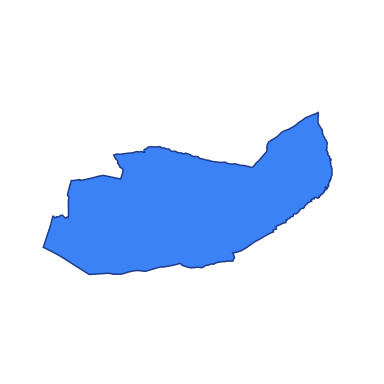 Negresti, Neamt, Romania, rotated 137°
{"feature_id": "2599482B27531373518926", "entity_name": "Negresti", "entity_type": "district", "adm_level": 2, "iso_a3": "ROU", "parent_name": "Romania", "parent_adm1": "Neamt", "projection": "equal_earth", "projection_center": [26.323, 47.038], "detail": "fine", "context": "isolated", "style": "filled", "palette": "blue", "viewbox_px": 384, "rotation_deg": 137, "n_neighbors": 0, "source": "geoboundaries", "source_scale": "gbopen_adm2", "svg_char_len": 5948}
<svg xmlns="http://www.w3.org/2000/svg" viewBox="0 0 384 384"><g transform="rotate(137 192 192)"><path d="M335.3,244.5L332.3,235.8L323.4,201.7L308.5,189.6L305.5,185.5L299.5,179.9L295.3,177.9L293.0,176.8L288.6,174.2L285.3,171.7L280.1,165.7L266.4,158.9L264.6,157.0L256.1,151.5L251.6,149.0L250.3,148.6L249.1,147.1L249.3,145.3L246.8,140.6L244.3,137.0L243.6,136.6L242.2,135.3L238.9,133.1L238.5,132.6L238.0,131.8L237.6,131.5L237.4,131.0L236.4,129.9L236.2,129.8L234.5,129.3L233.6,129.5L230.8,128.1L229.6,127.1L229.4,127.1L229.0,127.1L228.2,126.8L227.7,126.5L226.0,125.2L225.5,124.8L225.5,124.6L224.7,124.1L224.0,124.2L222.4,123.6L219.7,122.1L219.1,121.7L218.5,121.1L217.4,120.4L216.5,119.7L216.2,119.4L216.1,119.2L215.7,118.8L214.7,118.3L213.0,117.2L212.5,116.5L211.5,115.6L210.6,115.0L209.3,113.6L205.3,115.3L203.7,119.8L203.0,119.0L200.0,117.3L199.4,116.9L198.1,116.5L196.5,115.6L189.3,114.0L188.0,113.9L184.0,113.3L181.4,113.0L180.6,112.8L178.4,112.4L175.8,111.6L170.0,110.4L163.9,108.8L161.9,108.2L159.6,107.2L158.7,108.8L155.4,107.4L154.1,109.5L152.3,109.0L149.5,107.9L146.7,107.1L144.2,105.6L143.9,105.9L142.8,106.7L142.4,107.3L142.0,107.2L141.8,107.0L141.5,106.6L141.1,106.6L140.4,106.9L139.8,106.8L139.3,106.4L138.6,106.2L138.1,106.1L137.1,106.7L135.0,105.3L134.2,105.5L133.4,106.2L132.9,106.4L132.4,106.2L131.8,106.1L130.9,105.2L130.4,104.9L129.8,104.8L128.9,104.8L128.4,104.9L128.1,104.8L127.6,104.8L126.8,105.0L124.7,105.3L124.1,105.5L123.9,105.5L122.7,105.0L122.3,104.7L121.8,104.1L121.4,104.0L120.7,104.1L119.8,104.6L119.1,104.8L118.6,104.9L117.2,104.9L116.5,104.8L114.9,105.0L114.4,105.0L113.9,104.8L112.7,104.4L111.6,104.3L111.3,104.2L110.9,103.7L110.7,103.6L110.5,104.0L110.5,104.5L110.5,104.9L110.0,105.1L109.3,105.1L108.7,104.6L108.0,104.3L107.5,103.7L107.3,103.6L106.7,104.5L106.4,104.6L106.2,104.5L106.0,104.0L105.9,103.9L105.3,103.7L105.2,103.5L104.8,103.0L104.6,102.6L104.4,102.3L104.0,102.0L103.6,102.0L103.9,101.7L104.0,101.6L103.9,101.5L103.4,101.4L102.8,101.5L102.8,101.4L102.5,101.3L101.8,102.2L101.5,102.0L101.4,101.9L101.0,101.7L100.5,101.7L99.1,102.2L98.7,102.2L98.2,101.7L97.6,101.6L97.0,101.7L95.9,101.8L95.8,102.0L95.3,102.0L94.4,102.3L94.3,102.6L94.3,102.8L94.0,103.0L93.8,103.0L93.6,102.8L93.4,102.5L93.1,102.3L92.7,102.4L92.1,102.8L91.8,103.9L91.6,104.4L90.9,104.6L90.7,104.5L90.6,104.3L91.0,103.5L91.3,102.5L91.2,102.3L90.6,102.4L90.3,102.6L90.1,102.9L89.9,103.0L89.4,102.9L87.3,103.6L87.5,104.4L87.5,104.7L86.5,104.8L85.5,105.3L84.6,105.9L83.8,106.5L83.3,106.4L82.8,106.7L82.1,106.8L82.2,106.6L79.2,108.5L78.0,109.0L76.4,110.6L75.5,111.8L74.2,113.0L73.6,113.7L73.4,114.2L72.0,117.3L70.7,118.7L70.1,119.6L69.6,120.3L69.3,120.8L69.2,120.6L68.6,120.4L68.3,120.7L67.9,121.3L68.2,122.8L67.9,123.4L67.3,123.9L67.2,124.2L67.2,124.6L67.2,125.6L67.3,126.3L67.3,126.7L67.1,127.0L66.1,127.5L65.5,129.1L65.1,130.1L65.0,130.7L65.1,131.2L64.7,131.3L64.3,131.7L63.3,132.1L61.8,133.9L59.5,135.7L59.4,136.4L59.1,137.1L58.8,137.8L58.6,139.3L58.7,139.9L58.2,140.8L57.8,141.7L57.8,142.5L57.4,143.9L56.5,145.9L55.4,147.3L54.2,149.0L54.3,150.4L53.8,152.1L53.5,153.9L52.8,156.7L51.5,157.7L50.3,159.3L48.5,161.0L47.1,162.2L46.3,162.9L45.5,164.1L46.4,164.3L47.7,164.8L49.0,165.0L49.4,165.2L50.0,165.8L50.4,166.0L51.3,166.1L53.0,166.9L54.5,167.3L55.7,167.8L56.4,168.2L56.7,168.2L58.1,168.7L60.2,169.1L62.3,169.3L65.5,169.9L68.1,170.1L69.4,170.0L69.9,170.1L73.5,170.7L75.8,171.3L78.4,171.9L84.0,174.2L86.3,174.6L88.7,174.4L92.2,174.4L97.1,175.4L98.3,175.8L100.8,176.2L101.6,176.2L102.7,176.0L104.8,175.2L105.6,174.6L106.5,173.9L108.0,172.3L108.3,171.7L108.5,171.5L109.4,170.9L110.2,170.6L113.5,170.3L117.2,169.8L122.9,169.3L123.8,169.3L124.5,169.5L125.2,169.5L127.8,169.0L128.7,168.9L130.6,168.9L131.1,169.1L131.8,169.4L132.1,169.8L132.4,170.6L132.9,171.7L134.4,173.5L135.5,175.6L136.7,176.8L137.4,177.4L137.6,177.8L138.5,178.7L140.2,181.6L140.7,182.4L141.4,183.3L142.4,184.2L143.8,185.2L144.6,186.0L145.3,187.0L145.9,187.7L146.5,188.8L147.5,191.1L147.7,191.6L148.1,191.9L148.5,192.2L149.3,192.4L150.1,193.4L151.0,194.3L152.6,196.0L154.1,197.9L155.4,199.3L156.3,200.7L156.7,201.3L157.2,201.7L157.5,202.3L157.8,203.2L158.4,204.1L160.0,205.9L160.2,206.3L161.7,208.8L161.9,209.4L162.8,210.3L163.4,211.3L163.6,212.6L163.6,213.8L164.0,214.4L165.3,215.8L166.4,216.4L166.7,216.8L167.1,217.8L167.5,218.4L167.5,219.1L167.8,220.1L168.1,220.8L168.6,221.9L168.9,222.7L170.4,224.9L171.1,225.1L171.9,225.5L172.5,226.1L172.7,226.4L172.7,227.1L173.9,228.7L174.3,229.3L175.0,230.0L175.6,230.7L176.1,232.4L176.6,233.4L177.7,234.2L178.0,234.7L178.8,235.2L179.6,236.7L179.5,237.4L179.4,238.7L179.5,239.2L181.0,240.5L181.5,241.4L182.2,243.1L182.8,243.6L183.5,244.0L183.9,244.7L184.1,245.4L184.1,246.1L184.2,246.3L184.3,246.8L184.5,247.1L186.1,248.3L186.5,248.7L186.9,248.9L187.4,249.4L188.4,250.2L189.8,251.6L190.2,252.1L190.3,252.4L191.1,253.1L192.0,253.8L193.9,254.9L195.3,254.7L196.7,255.0L196.9,255.3L197.9,255.6L198.4,255.4L199.0,255.0L199.3,254.3L199.4,253.3L199.5,253.3L200.0,253.7L200.4,254.2L200.8,254.8L201.3,256.0L202.3,256.8L203.4,257.4L204.4,258.7L205.0,259.3L206.2,260.0L207.3,260.4L208.9,261.3L213.4,264.8L217.2,267.5L218.7,268.5L219.4,269.2L221.0,271.0L224.1,272.5L225.3,267.8L225.1,266.5L225.3,265.0L226.5,264.1L226.8,263.1L226.9,261.5L227.3,260.3L227.3,260.0L227.8,259.2L227.6,258.6L227.3,257.9L227.1,256.6L227.1,256.0L227.7,255.1L228.0,254.7L228.4,254.4L228.5,254.2L228.7,253.8L230.7,252.8L231.0,252.5L235.4,250.2L245.5,264.6L246.2,265.1L247.9,266.1L249.4,267.2L251.6,268.3L257.3,271.4L260.9,273.5L263.6,275.2L264.4,275.6L265.4,276.3L266.0,276.7L265.4,277.1L266.2,278.2L269.0,279.9L271.2,281.5L272.5,282.7L276.1,280.4L276.2,280.6L285.1,274.8L285.1,274.3L285.6,272.8L285.6,272.2L288.4,269.9L297.8,259.6L300.1,257.7L300.5,258.9L302.6,259.4L302.6,263.4L304.2,264.5L306.6,264.7L308.0,266.4L309.1,266.2L310.0,266.9L309.7,268.5L310.3,269.1L312.8,267.6L318.7,263.8L338.5,253.0L335.3,244.5Z" fill="#3b82f6" stroke="#1e3a8a" stroke-width="1.5"/></g></svg>